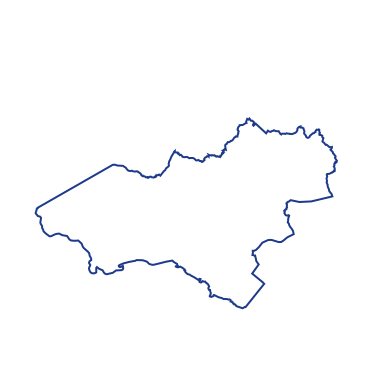 Arjona, Bolívar, Colombia (orthographic projection), rotated 35°
{"feature_id": "7082276B1318225451124", "entity_name": "Arjona", "entity_type": "district", "adm_level": 2, "iso_a3": "COL", "parent_name": "Colombia", "parent_adm1": "Bolívar", "projection": "orthographic", "projection_center": [-75.362, 10.178], "detail": "fine", "context": "isolated", "style": "outline", "palette": "blue", "viewbox_px": 384, "rotation_deg": 35, "n_neighbors": 0, "source": "geoboundaries", "source_scale": "gbopen_adm2", "svg_char_len": 6029}
<svg xmlns="http://www.w3.org/2000/svg" viewBox="0 0 384 384"><g transform="rotate(35 192 192)"><path d="M263.7,72.1L263.0,71.5L262.9,70.2L261.9,69.8L260.5,68.0L259.9,68.0L259.5,68.9L258.4,69.4L258.2,71.0L258.8,72.0L258.2,72.9L258.2,73.9L257.3,74.6L256.4,78.3L256.7,79.2L256.4,80.5L255.5,81.4L253.8,81.3L253.0,80.5L250.3,79.8L249.2,77.7L247.3,76.5L246.9,75.9L245.5,76.0L244.0,76.9L243.3,76.0L242.4,77.2L242.0,78.9L242.1,79.8L242.9,81.0L243.1,83.1L242.4,84.8L240.6,87.3L239.6,87.7L238.9,88.4L238.2,88.4L237.2,89.1L235.8,89.7L235.2,90.9L234.2,91.2L232.2,92.7L232.1,93.7L231.0,93.7L228.1,92.5L225.6,94.2L223.7,94.4L223.3,95.4L222.4,96.4L222.0,97.6L221.6,97.9L220.3,98.2L219.0,98.2L219.1,101.4L205.0,99.5L204.4,102.4L203.5,102.2L202.9,99.3L200.5,99.0L199.6,99.8L196.9,98.9L196.9,100.2L195.3,100.4L196.0,103.3L197.0,104.2L196.7,104.4L195.1,108.0L192.7,109.9L193.0,110.7L192.7,111.9L193.0,113.5L193.4,114.0L193.3,114.4L194.0,115.1L195.4,115.5L195.8,117.0L196.3,117.4L196.6,118.8L197.4,120.5L196.1,121.2L196.2,121.8L195.5,122.8L195.5,126.1L195.1,127.4L194.5,127.8L194.2,129.2L193.7,130.0L192.7,130.6L192.8,133.0L192.2,134.0L192.5,134.8L193.4,136.0L195.4,137.9L194.7,138.0L194.5,138.7L194.1,138.4L193.8,139.8L193.5,140.3L193.9,140.3L194.0,140.7L194.9,141.0L194.6,141.3L195.3,142.1L195.2,142.6L194.8,142.3L194.3,142.7L195.0,145.2L195.0,146.9L194.4,146.7L194.4,147.4L193.0,148.1L192.4,148.0L191.9,148.4L191.8,148.9L191.2,149.2L189.4,149.0L189.3,149.4L187.7,150.1L187.0,150.6L187.0,150.9L186.4,151.0L185.7,151.7L184.5,151.9L184.9,152.1L184.8,152.5L185.2,153.2L184.9,153.1L184.7,153.5L183.8,154.0L183.9,154.8L183.1,156.1L182.9,157.0L183.1,158.1L183.9,158.5L184.0,159.0L183.4,159.9L183.4,161.2L182.5,161.8L181.6,161.4L180.6,162.1L179.6,162.2L179.0,162.0L177.8,163.4L176.9,163.8L176.0,163.5L174.1,163.4L173.3,163.6L170.7,165.4L170.4,165.9L167.8,166.1L165.5,168.1L163.9,168.6L163.4,168.2L161.5,167.9L160.9,168.8L160.0,168.4L159.3,168.7L158.7,168.0L158.1,168.4L157.5,167.9L156.1,168.9L155.2,169.0L154.7,169.0L154.4,168.4L154.2,169.1L154.5,170.1L154.9,175.4L155.5,177.6L155.8,180.1L156.8,182.4L157.9,183.6L158.1,184.3L157.2,187.5L157.5,189.5L157.0,191.0L156.7,196.8L155.0,196.6L154.7,197.5L154.2,197.8L153.7,198.9L153.1,198.8L153.2,199.9L153.6,200.2L153.6,200.6L153.1,200.7L152.8,201.3L152.6,201.2L152.4,202.1L150.6,203.0L149.4,203.0L148.5,204.0L148.2,205.2L147.5,205.1L147.4,205.6L146.8,205.4L146.0,206.4L144.3,206.3L143.0,207.1L142.5,206.9L142.4,207.3L142.1,207.4L140.2,207.0L139.3,206.4L136.8,206.4L136.5,206.6L135.9,206.3L134.6,206.9L133.6,208.0L131.4,209.0L130.6,209.0L129.4,210.3L127.6,211.0L125.9,210.8L123.9,210.1L120.4,210.2L115.7,213.1L113.1,213.9L111.5,215.2L74.6,293.5L74.9,293.7L74.5,295.1L75.1,296.0L75.6,298.1L76.2,299.1L79.4,300.1L81.7,299.3L83.2,299.8L85.0,303.5L86.0,304.7L88.8,305.9L89.7,307.3L91.7,308.3L93.0,309.4L96.5,309.9L100.6,310.0L101.8,309.2L104.3,304.9L106.0,303.1L107.3,302.2L110.4,301.8L114.9,299.7L118.3,301.0L119.5,301.2L120.9,301.0L123.8,299.3L126.7,297.0L131.2,297.6L133.9,299.4L135.6,300.0L141.0,300.6L142.8,301.1L144.9,303.0L147.5,304.3L148.5,305.6L147.8,307.3L148.1,308.7L148.5,309.3L150.6,310.2L151.1,312.9L151.6,313.9L152.9,315.0L154.9,316.0L156.7,315.9L158.7,314.6L159.7,312.8L157.1,309.1L157.2,308.0L159.9,308.2L163.6,307.4L166.5,308.7L168.2,308.7L169.4,308.2L173.5,303.6L174.7,299.9L178.9,296.6L179.7,295.4L179.6,294.5L179.3,293.8L177.8,292.3L176.6,294.4L175.8,295.0L174.9,294.9L174.3,294.5L174.3,294.0L174.8,292.9L176.7,289.9L180.9,285.0L184.9,281.0L185.6,279.6L190.9,276.1L195.2,274.9L197.7,275.4L198.8,275.3L201.5,274.3L203.0,272.9L211.0,263.7L215.2,259.5L216.2,259.5L216.8,259.8L221.1,259.5L222.0,260.4L222.8,260.6L222.6,260.8L222.6,261.6L222.2,262.0L220.6,262.1L221.7,262.4L223.0,262.1L224.0,261.5L225.3,259.8L228.0,259.6L230.3,259.7L230.6,260.4L231.0,260.1L231.6,260.2L231.8,260.9L232.5,261.4L235.5,261.8L237.4,261.0L238.8,261.1L242.7,260.6L247.4,260.4L247.9,258.9L248.9,258.4L249.4,259.2L248.9,260.7L249.9,261.4L251.0,261.1L251.5,260.7L251.5,259.9L252.1,259.2L252.0,258.9L253.4,258.5L254.2,257.8L255.3,258.3L256.1,258.1L256.7,258.4L257.7,258.3L260.1,259.4L260.5,261.4L261.9,262.4L263.0,261.9L263.9,263.0L264.9,263.6L265.5,264.2L266.1,265.6L266.0,266.3L266.3,267.2L266.7,267.3L268.1,266.8L269.2,265.0L268.9,263.9L269.0,263.7L274.0,263.0L277.2,261.8L279.0,261.6L282.5,259.4L283.5,259.3L284.4,258.4L285.6,258.4L286.3,259.5L286.7,259.2L287.3,259.3L287.5,259.0L288.0,259.3L288.5,259.0L289.6,259.7L290.2,259.5L290.4,259.8L291.1,259.9L291.6,259.4L292.3,259.4L293.4,260.0L294.4,259.9L300.1,258.2L301.3,255.8L301.9,255.5L303.8,225.8L301.8,225.4L288.1,224.3L288.2,213.1L284.5,211.8L280.2,207.9L279.7,208.4L278.4,208.4L277.7,208.9L276.6,206.6L275.5,205.3L276.6,204.6L277.7,202.5L278.4,198.9L278.7,193.2L281.7,188.0L283.3,186.5L285.0,185.5L291.7,183.3L293.7,181.8L294.7,179.5L296.1,174.4L299.5,168.2L297.0,165.9L293.9,164.6L292.8,164.4L290.5,163.3L289.8,162.5L287.8,161.9L287.3,160.4L286.6,159.6L285.7,157.6L285.2,155.7L284.4,155.6L283.5,156.7L282.8,157.1L281.5,157.1L280.0,156.4L279.0,155.1L279.2,154.8L278.3,154.3L278.6,153.4L278.5,153.1L278.9,152.7L278.8,152.1L279.1,151.9L278.6,151.2L278.8,150.3L277.7,149.2L277.5,148.5L276.6,147.5L276.1,147.5L275.8,147.0L276.3,146.0L276.0,145.4L277.0,143.9L277.5,142.1L285.7,138.6L295.1,131.3L309.5,115.1L307.3,113.5L304.6,112.8L303.6,112.3L302.3,111.0L300.6,110.1L299.1,108.7L299.0,108.3L296.8,107.0L296.4,105.7L294.4,103.7L293.9,101.8L292.3,100.3L292.4,99.7L294.1,98.3L295.1,96.4L295.6,95.9L295.5,95.3L296.1,94.7L296.0,93.4L296.8,93.3L296.9,93.0L295.6,91.1L294.3,90.0L293.5,89.7L293.5,88.9L293.0,87.8L292.5,87.5L292.6,86.7L292.4,86.4L292.9,86.0L292.3,85.1L292.9,84.7L292.7,84.5L293.0,84.1L292.6,83.8L292.7,83.3L289.5,82.0L289.2,80.4L287.5,80.0L287.0,79.6L285.4,79.5L284.7,78.7L283.8,78.4L281.3,78.0L281.1,77.8L281.4,76.9L281.3,75.7L280.8,74.9L280.2,75.7L279.2,76.0L278.8,76.4L276.0,76.1L275.0,76.1L274.7,76.6L274.3,76.7L271.9,75.9L270.8,76.0L269.9,75.8L268.7,72.5L267.2,72.3L266.5,71.2L265.1,71.3L263.7,72.1Z" fill="none" stroke="#1e3a8a" stroke-width="2"/></g></svg>